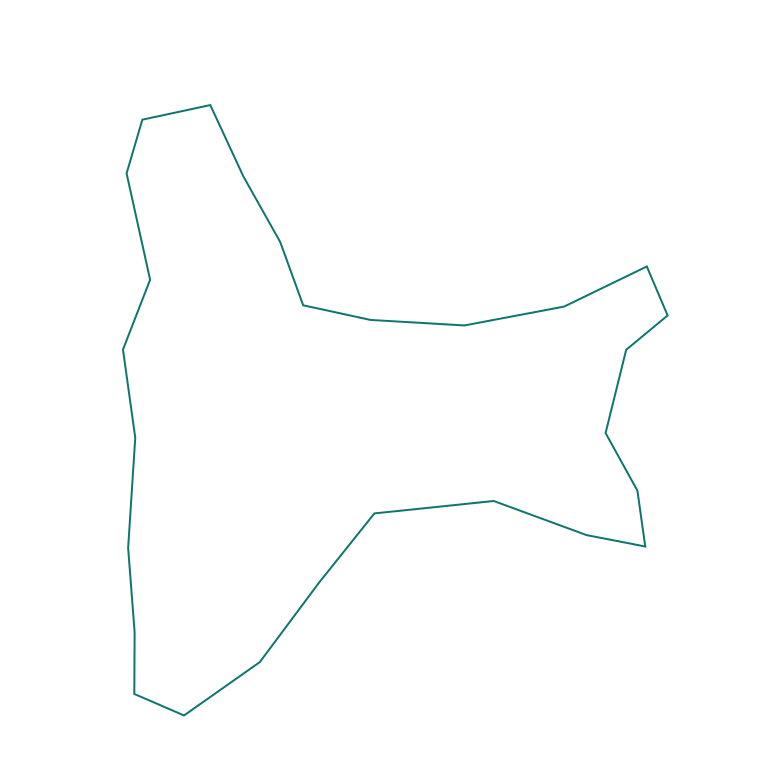 outline of Christmas Island, rotated 172°
{"feature_id": "IOA-2652", "entity_name": "Christmas Island", "entity_type": "state/province", "adm_level": 1, "iso_a3": "IOA", "parent_name": "Indian Ocean Territories", "parent_adm1": "", "projection": "albers", "projection_center": [105.657, -10.498], "detail": "fine", "context": "isolated", "style": "outline", "palette": "teal", "viewbox_px": 768, "rotation_deg": 172, "n_neighbors": 0, "source": "natural_earth", "source_scale": "10m", "svg_char_len": 499}
<svg xmlns="http://www.w3.org/2000/svg" viewBox="0 0 768 768"><g transform="rotate(172 384 384)"><path d="M628.2,83.6L674.4,111.8L665.5,172.9L660.2,257.2L637.8,365.4L637.7,454.4L601.1,519.8L609.6,628.4L586.5,679.4L517.2,684.4L494.4,609.2L467.0,539.0L453.1,473.2L388.4,449.3L296.3,430.8L194.9,435.6L107.4,463.8L93.6,412.4L139.4,384.2L171.4,304.6L147.9,243.1L147.9,186.7L204.5,206.2L291.7,252.9L411.5,257.2L475.9,196.4L545.7,125.9L628.2,83.6Z" fill="none" stroke="#0f766e" stroke-width="2"/></g></svg>